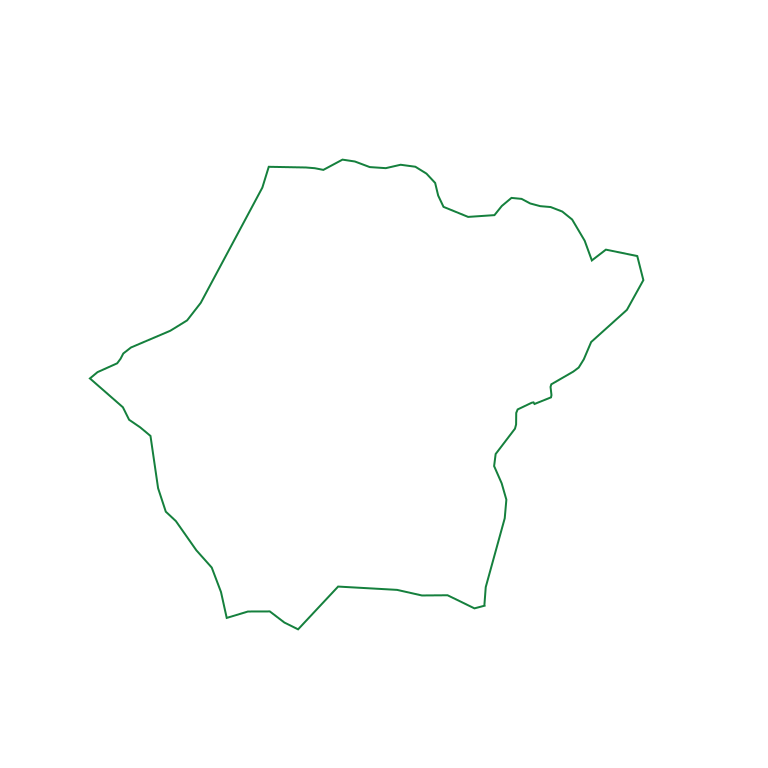 Ruyigi, Mercator projection, rotated 343°
{"feature_id": "BDI-2635", "entity_name": "Ruyigi", "entity_type": "Province", "adm_level": 1, "iso_a3": "BDI", "parent_name": "Burundi", "parent_adm1": "", "projection": "mercator", "projection_center": [30.363, -3.445], "detail": "fine", "context": "isolated", "style": "outline", "palette": "green", "viewbox_px": 768, "rotation_deg": 343, "n_neighbors": 0, "source": "natural_earth", "source_scale": "10m", "svg_char_len": 1198}
<svg xmlns="http://www.w3.org/2000/svg" viewBox="0 0 768 768"><g transform="rotate(343 384 384)"><path d="M635.5,320.4L663.6,335.7L662.4,360.5L638.0,384.1L594.4,404.4L582.3,418.8L575.0,425.2L568.6,427.5L543.9,433.2L542.4,435.5L540.9,443.6L539.8,445.6L522.1,447.1L521.6,445.3L519.8,445.1L504.4,447.4L502.0,450.3L498.5,461.3L496.2,465.0L470.3,483.6L465.3,494.7L467.5,513.4L467.2,530.4L460.2,547.7L421.9,608.0L415.4,624.7L415.4,625.4L414.9,625.4L404.9,625.0L383.0,604.6L358.4,597.3L336.3,584.7L280.9,564.3L230.1,593.5L219.0,583.0L208.3,568.1L187.4,561.8L165.2,561.7L167.3,535.3L165.6,509.2L155.9,488.1L144.9,454.3L138.0,442.3L137.5,417.6L145.5,365.4L138.2,354.2L129.8,343.7L127.5,329.9L104.4,292.7L113.5,288.9L134.9,286.2L139.5,282.8L143.6,278.6L152.7,275.1L195.2,270.6L214.3,265.6L232.5,252.8L325.1,160.6L337.3,142.6L372.6,154.1L380.9,157.4L388.6,161.5L409.9,157.3L421.2,162.7L433.8,172.4L448.8,178.1L464.0,179.2L477.5,185.4L486.1,195.2L491.7,206.7L490.9,219.6L492.7,232.0L513.3,248.8L539.0,254.8L548.7,248.2L560.3,243.3L569.7,247.2L576.6,254.1L585.4,259.6L595.1,263.5L604.9,271.2L612.0,281.7L617.8,305.7L618.9,326.6L635.4,320.4L635.5,320.4Z" fill="none" stroke="#15803d" stroke-width="2"/></g></svg>